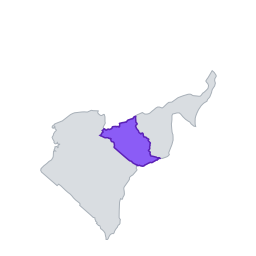 Adamaoua on a map of Cameroon (Robinson projection), rotated 41°
{"feature_id": "CMR-1482", "entity_name": "Adamaoua", "entity_type": "Province", "adm_level": 1, "iso_a3": "CMR", "parent_name": "Cameroon", "parent_adm1": "", "projection": "robinson", "projection_center": [13.021, 7.091], "detail": "fine", "context": "in_parent", "style": "filled", "palette": "violet", "viewbox_px": 256, "rotation_deg": 41, "n_neighbors": 0, "source": "natural_earth", "source_scale": "10m", "svg_char_len": 7447}
<svg xmlns="http://www.w3.org/2000/svg" viewBox="0 0 256 256"><g transform="rotate(41 128 128)"><path d="M70.0,173.3L70.5,172.0L73.8,165.7L75.8,155.6L76.8,153.2L77.7,151.6L82.5,146.3L84.3,144.6L86.9,142.6L88.7,138.7L89.4,138.3L90.2,137.9L94.3,134.6L94.6,135.2L94.9,136.0L95.2,136.4L96.6,136.7L98.4,136.6L99.4,136.4L100.0,135.7L100.6,133.9L100.9,133.5L101.3,133.4L103.3,134.7L106.6,138.4L107.4,139.0L107.8,139.7L108.5,143.1L108.9,143.9L109.6,144.2L110.9,144.0L112.3,143.4L113.4,142.6L114.6,141.5L115.4,140.5L115.7,139.8L115.9,137.0L116.2,136.4L120.4,132.5L120.3,132.1L119.6,131.0L119.0,129.8L119.6,128.6L120.3,127.6L122.8,124.3L122.9,121.9L124.9,118.2L126.1,113.3L126.1,112.4L128.7,106.9L131.4,106.5L132.5,105.7L133.7,104.4L134.5,103.1L134.8,101.9L135.1,99.6L135.6,97.0L135.9,94.7L136.7,92.6L138.1,91.5L140.4,90.6L140.8,90.2L141.1,88.8L141.5,84.1L141.9,82.0L144.1,79.7L145.0,76.0L145.9,72.2L148.4,67.6L151.3,63.0L152.7,61.7L153.8,61.2L155.1,61.1L156.0,60.8L159.2,58.5L160.5,57.7L161.4,56.9L161.7,56.2L161.8,55.2L161.5,52.8L162.0,51.0L162.3,48.3L162.4,46.2L162.3,45.5L161.7,44.3L160.8,43.0L159.2,42.2L157.1,41.9L155.9,41.5L155.5,39.0L155.4,37.5L153.9,29.5L156.6,29.5L159.9,30.4L160.7,31.2L161.2,33.9L162.4,35.5L164.5,36.8L165.8,39.4L166.3,43.5L167.4,45.9L167.7,46.2L169.3,50.8L169.4,52.9L169.3,54.3L170.0,56.0L169.0,59.0L168.7,60.9L168.6,63.4L169.2,68.0L170.2,71.5L171.2,74.3L172.3,76.5L174.2,78.9L176.2,81.1L178.1,82.5L176.4,83.4L173.0,83.5L171.1,83.0L170.2,83.0L169.3,83.3L165.7,83.7L162.1,83.5L158.7,82.9L156.7,83.0L155.1,84.4L153.8,86.4L152.6,88.0L153.0,89.8L153.9,90.8L155.7,92.9L157.2,95.0L158.0,96.4L161.1,99.5L164.1,102.3L165.5,103.2L166.1,103.4L167.7,105.0L170.0,107.6L172.0,111.7L174.9,119.8L175.6,120.5L176.6,120.9L176.7,121.8L176.6,123.0L176.3,124.1L174.0,128.3L172.0,130.0L171.4,131.0L170.6,133.4L168.8,138.2L168.0,138.9L166.1,142.2L164.6,146.3L164.3,147.0L163.7,147.5L161.5,148.5L160.8,149.0L159.7,150.3L159.6,151.1L160.1,152.3L160.7,153.2L161.8,153.3L162.4,154.1L162.4,160.5L161.9,161.5L161.9,161.9L161.7,163.0L161.6,164.3L161.8,164.7L162.2,165.1L162.8,166.0L163.1,168.0L163.8,174.9L164.2,176.0L164.8,176.7L166.6,178.2L168.6,180.2L169.2,181.4L169.6,183.5L170.4,185.2L170.3,185.7L170.0,185.9L168.8,186.1L169.2,187.3L170.2,189.4L175.3,195.8L180.1,201.5L181.2,201.9L182.1,202.0L182.4,202.3L182.9,203.2L184.5,205.2L184.8,206.4L184.4,207.6L184.8,209.4L185.1,210.0L185.0,210.6L185.2,212.8L185.6,214.7L186.3,216.3L186.2,217.4L185.3,218.0L184.8,219.1L184.6,220.6L184.9,222.4L185.6,224.5L185.6,225.7L184.5,226.5L183.2,225.1L181.7,224.1L179.6,222.4L177.4,221.8L174.7,221.7L173.5,221.9L171.4,220.5L170.7,220.3L169.8,220.9L169.2,220.9L168.4,220.7L166.8,220.7L166.7,219.7L166.4,219.5L164.7,219.6L164.1,218.8L163.9,218.9L163.2,218.7L161.9,217.5L160.4,218.3L157.4,218.2L142.3,218.1L141.9,217.1L141.1,216.5L139.8,216.5L135.7,216.7L132.7,216.5L130.6,216.1L128.0,215.8L124.9,216.0L121.6,216.0L115.8,215.7L112.6,215.8L112.6,216.4L112.4,216.9L112.3,218.0L91.7,218.0L90.0,217.3L89.5,216.7L89.3,215.8L89.0,215.7L89.3,211.6L90.0,208.2L90.3,205.1L91.2,202.3L90.7,199.5L90.1,198.3L87.0,194.4L88.4,192.9L86.6,193.1L86.2,191.6L85.2,189.9L85.8,189.6L86.3,188.6L88.0,188.9L88.0,188.4L86.5,187.0L86.7,186.2L87.3,185.4L87.0,185.0L85.9,185.9L85.2,185.9L84.6,185.3L84.1,185.2L84.4,186.4L83.8,187.4L83.3,187.7L82.3,187.7L81.5,187.4L81.3,186.8L80.6,186.4L78.5,185.7L76.8,184.8L76.4,182.4L75.7,181.4L75.5,180.2L75.3,178.9L75.5,176.8L75.1,176.5L74.6,176.4L73.8,176.5L73.2,176.3L72.3,175.2L71.6,174.8L72.0,176.9L71.5,177.4L70.3,177.3L69.8,176.5L69.7,175.9L70.2,173.4L70.0,173.3Z" fill="#d9dde1" stroke="#a8b0b8" stroke-width="1"/><path d="M121.1,126.7L122.0,125.6L122.4,124.9L122.7,124.8L122.9,124.6L122.9,124.2L122.7,123.2L122.7,122.8L122.7,122.5L122.8,122.1L123.4,121.0L124.9,118.6L125.5,117.9L125.6,117.7L125.5,117.4L125.4,117.0L125.3,116.3L125.3,115.6L125.4,115.2L126.0,114.2L126.3,114.2L126.9,115.2L129.8,118.1L130.2,118.4L130.5,118.5L130.9,118.5L131.5,118.6L131.9,118.7L132.1,118.8L132.4,119.4L132.4,119.6L132.4,119.8L132.3,120.0L132.2,120.1L132.2,120.3L132.2,120.7L132.3,121.2L132.4,121.5L132.5,121.7L132.7,121.8L133.1,121.9L133.3,122.0L133.8,122.2L134.0,122.5L135.3,122.9L137.7,123.3L137.9,123.4L139.2,124.2L139.5,124.2L140.0,124.2L140.4,124.0L140.8,124.0L141.6,124.0L141.7,123.8L141.8,123.1L141.8,122.9L142.0,122.6L142.1,122.4L142.3,122.3L143.3,122.5L143.7,122.9L143.9,123.1L144.2,123.4L144.4,123.5L144.8,123.7L145.6,124.3L145.8,124.3L146.1,124.0L146.3,123.9L146.8,123.7L147.0,123.6L147.3,123.3L147.6,123.2L147.8,123.2L148.0,123.2L148.4,123.3L148.6,123.4L148.8,123.3L150.5,122.9L150.9,122.9L151.0,122.9L151.2,123.1L151.2,123.9L151.4,124.0L151.5,124.2L151.9,124.3L154.6,124.6L154.8,124.8L155.0,125.4L155.0,125.6L155.1,125.8L155.8,126.4L156.0,126.6L156.1,126.8L156.1,127.0L156.4,127.6L157.2,128.6L157.5,128.8L157.9,129.2L158.1,129.7L158.2,130.7L158.1,130.9L158.1,131.1L158.1,131.4L158.3,131.5L158.6,131.7L159.0,131.7L160.1,131.6L160.3,131.6L160.5,131.7L160.7,131.8L160.9,132.1L161.1,132.3L161.1,132.6L161.5,133.2L162.5,133.4L162.7,133.8L162.8,133.9L163.0,134.0L163.4,134.1L163.5,134.1L163.9,133.9L164.1,133.8L165.2,133.1L168.4,131.5L168.6,131.4L168.9,131.4L169.1,131.4L169.5,131.3L169.7,131.2L169.9,131.1L170.8,130.1L171.2,129.9L171.4,129.8L171.6,129.8L171.8,129.8L172.0,129.9L171.6,130.2L171.3,131.1L171.1,131.5L171.0,131.8L171.1,132.8L171.1,133.0L170.9,133.2L170.6,133.4L170.5,133.5L170.3,133.7L170.2,134.1L169.9,135.1L169.4,136.6L169.1,137.4L168.9,138.1L168.8,138.4L168.6,138.6L167.7,139.1L167.4,139.3L167.2,139.5L167.0,139.9L165.3,144.4L164.9,145.0L165.0,145.6L165.0,145.8L164.9,146.0L164.8,146.3L164.2,147.1L164.0,147.3L161.8,148.5L161.2,148.5L161.0,148.8L160.8,149.1L160.4,149.6L160.1,149.7L159.8,150.1L159.6,150.3L159.2,150.2L159.0,149.9L158.8,149.8L158.7,149.8L158.6,150.0L158.4,150.3L158.2,150.4L157.4,150.5L155.9,150.9L155.1,151.0L153.9,151.2L153.6,151.1L152.9,150.8L152.6,150.8L152.4,150.9L150.8,151.6L149.4,151.7L143.4,151.8L136.0,151.8L132.1,151.8L130.5,151.8L130.1,151.6L130.0,151.3L129.7,151.0L129.7,150.9L129.6,150.7L129.5,150.4L129.4,150.2L129.2,150.0L127.3,148.4L127.0,148.3L126.7,148.2L126.2,148.2L125.8,148.3L125.6,148.4L125.2,148.7L125.1,148.8L124.9,148.8L124.7,148.9L124.4,148.9L124.0,148.9L123.7,148.8L123.5,148.7L123.2,148.5L122.8,148.2L122.3,147.6L122.2,147.3L121.7,147.4L121.6,147.5L121.6,147.8L121.4,147.8L121.3,147.7L121.2,147.7L120.9,148.1L120.7,148.1L120.4,148.2L120.3,148.3L120.2,148.4L119.9,148.4L119.6,148.4L119.3,148.5L119.0,148.7L118.7,149.0L118.1,149.4L117.4,150.2L117.1,150.4L116.9,150.5L116.7,150.6L113.2,151.5L112.7,151.8L112.4,151.9L112.1,151.8L111.7,151.9L111.8,151.6L112.1,150.9L112.1,150.6L112.0,150.2L111.7,149.5L111.6,149.1L111.6,148.8L111.7,148.4L111.7,148.2L111.8,147.8L111.9,147.6L111.8,147.4L111.6,147.2L111.4,147.1L110.2,146.8L110.3,146.4L110.5,145.6L110.5,145.1L110.4,144.3L110.8,144.2L111.1,144.4L111.3,144.3L111.5,144.2L112.0,144.2L112.6,144.1L112.9,143.9L113.2,143.6L113.3,143.2L113.4,142.5L113.7,141.9L114.1,141.6L114.7,141.5L115.1,141.2L115.4,140.7L115.9,139.5L116.0,139.0L116.0,138.6L115.9,138.3L115.6,137.8L115.5,137.6L115.6,137.1L115.9,136.7L116.8,135.7L117.7,135.1L117.8,134.7L118.1,134.7L118.3,134.6L118.5,134.6L118.7,134.4L118.8,134.1L119.0,133.9L119.6,133.3L119.8,133.2L120.0,133.1L120.3,133.2L120.5,133.2L120.7,132.8L120.6,132.3L120.0,131.6L119.2,130.4L119.0,130.2L118.6,130.1L118.7,129.8L118.9,129.6L119.2,129.3L120.2,127.7L121.1,126.7Z" fill="#8b5cf6" stroke="#5b21b6" stroke-width="1.5"/></g></svg>